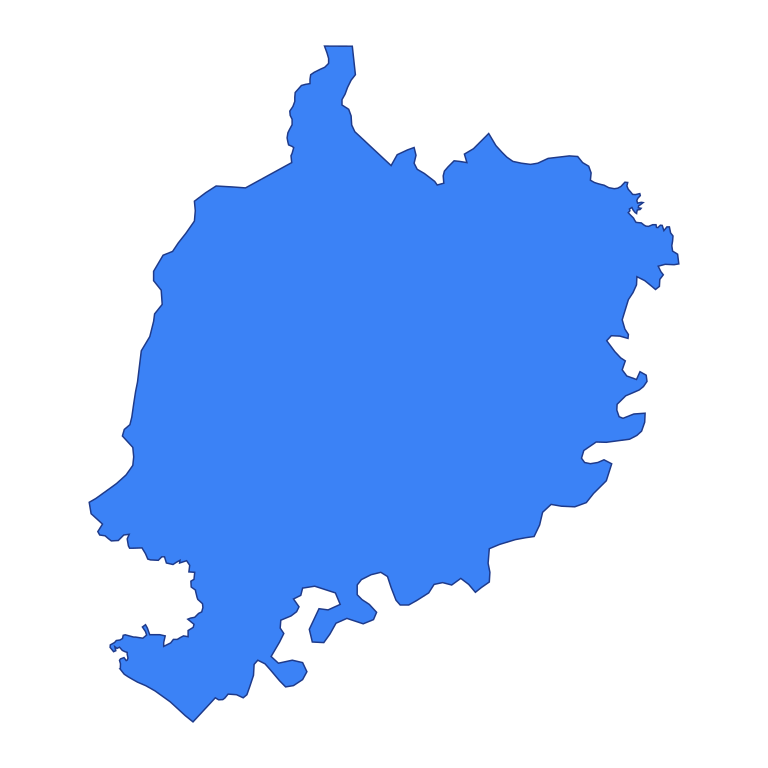 the district of Ledang, Johor, Malaysia
{"feature_id": "92858781B19407525562459", "entity_name": "Ledang", "entity_type": "district", "adm_level": 2, "iso_a3": "MYS", "parent_name": "Malaysia", "parent_adm1": "Johor", "projection": "albers", "projection_center": [102.644, 2.275], "detail": "fine", "context": "isolated", "style": "filled", "palette": "blue", "viewbox_px": 768, "rotation_deg": 0, "n_neighbors": 0, "source": "geoboundaries", "source_scale": "gbopen_adm2", "svg_char_len": 5026}
<svg xmlns="http://www.w3.org/2000/svg" viewBox="0 0 768 768"><path d="M291.7,162.6L245.5,187.9L233.2,187.0L216.1,186.0L205.7,192.7L194.4,201.2L195.3,210.7L194.4,221.1L185.8,233.4L178.3,242.9L172.6,251.4L163.1,255.2L153.6,271.3L153.6,280.7L161.2,290.2L162.2,304.4L154.6,313.9L153.6,321.4L149.8,336.6L141.3,350.8L137.5,382.1L135.6,391.5L133.7,403.8L131.8,417.1L129.9,424.7L124.3,429.4L122.4,436.0L132.8,447.4L133.7,456.9L132.8,465.4L126.1,474.9L116.7,483.4L112.9,486.2L95.8,498.5L89.2,502.3L91.1,513.7L102.5,524.1L97.8,531.6L99.7,535.0L105.1,535.8L108.2,538.5L111.3,540.9L118.3,540.5L123.8,535.0L129.2,534.3L127.2,538.9L128.4,545.9L129.6,548.2L132.7,548.2L142.0,547.9L145.5,553.7L147.8,559.1L150.5,559.9L158.3,560.3L161.8,556.8L164.5,556.8L166.4,563.0L173.0,564.5L176.5,562.2L180.0,560.3L179.6,563.0L186.6,560.7L189.7,565.3L188.9,571.9L194.7,572.3L194.0,579.3L190.9,581.2L191.2,587.0L195.5,590.1L195.5,590.9L197.1,597.5L197.8,599.4L202.5,603.7L202.9,607.6L201.7,611.9L198.6,613.4L194.7,617.3L190.5,618.1L187.8,619.2L194.0,624.3L193.2,627.4L188.1,630.5L188.1,635.5L188.1,636.7L183.5,635.9L180.4,637.5L177.3,639.4L173.4,639.4L170.7,642.9L163.7,646.4L163.7,642.5L165.2,635.9L159.8,634.7L149.7,634.7L147.4,628.1L145.5,624.7L142.4,627.0L145.5,631.6L146.6,635.1L142.8,638.2L135.8,637.1L133.8,637.1L125.2,634.8L123.2,635.3L122.5,638.5L120.0,640.0L116.3,640.5L114.6,642.5L110.3,644.9L110.1,647.4L113.6,651.7L115.8,650.7L114.8,646.7L117.0,648.4L119.5,647.2L122.3,650.4L125.0,651.7L127.2,652.4L127.2,654.4L128.0,658.1L127.2,660.1L126.2,660.6L124.0,657.6L120.5,658.9L119.5,660.3L120.5,663.8L120.3,669.0L120.1,669.0L124.2,674.2L128.0,676.7L131.9,679.0L137.6,682.2L145.8,685.7L155.0,690.9L170.2,701.8L185.3,715.7L193.0,721.9L215.3,697.8L218.6,699.8L222.8,699.6L224.8,698.1L228.1,694.1L236.5,694.7L243.2,697.8L246.9,694.7L249.9,686.2L253.5,675.3L254.1,664.4L257.8,660.2L265.0,663.8L269.9,669.3L279.6,680.8L285.6,686.9L293.5,685.6L302.6,679.6L306.9,671.7L302.6,662.6L292.3,660.2L278.4,663.2L271.1,656.5L279.6,642.0L283.8,633.5L280.2,628.1L280.8,620.2L291.1,615.9L296.6,611.7L299.0,606.8L293.5,599.0L300.8,595.3L302.6,588.1L314.7,586.2L335.4,592.9L340.2,604.4L328.1,609.9L319.0,608.7L309.3,629.3L312.3,642.0L323.8,642.6L329.9,634.1L336.0,623.2L346.9,618.4L363.2,623.8L373.5,619.6L376.6,612.3L369.3,604.4L362.0,599.6L357.2,594.7L357.2,585.0L361.4,579.6L371.1,574.7L380.8,572.3L387.5,576.5L391.1,587.5L396.0,600.2L400.2,605.0L408.7,605.0L417.2,600.2L428.7,592.9L434.1,584.4L442.6,582.6L451.7,585.0L460.8,578.4L468.7,584.4L475.4,592.3L481.4,587.5L489.3,582.0L489.9,572.3L488.1,563.2L489.3,548.7L499.6,544.4L515.4,539.6L525.7,537.7L534.1,536.5L539.6,525.0L542.6,512.3L551.1,504.4L561.4,506.2L574.8,506.8L586.3,502.6L593.5,493.5L606.3,480.8L611.7,463.8L604.0,459.8L597.8,462.5L590.4,463.7L584.6,462.5L581.5,458.2L583.8,450.5L596.2,442.0L606.3,442.3L629.6,439.2L636.9,435.4L641.6,431.1L644.7,422.2L645.1,413.2L633.8,414.0L623.0,418.3L619.1,416.7L616.8,410.1L617.1,404.3L625.7,395.8L639.2,390.0L643.5,386.5L647.0,381.4L646.2,375.2L640.0,371.7L636.5,379.5L626.8,376.0L622.2,369.8L625.3,360.9L620.6,357.8L614.8,351.6L606.7,340.7L611.3,335.7L619.8,336.1L628.0,338.4L628.4,334.5L624.9,329.1L622.2,319.8L628.4,299.6L633.0,292.6L636.5,284.9L636.9,276.7L644.7,280.6L650.9,285.6L655.5,289.5L659.4,286.4L659.8,279.4L663.3,274.8L660.9,271.7L658.2,266.2L665.2,264.3L674.1,264.7L678.8,263.9L677.6,254.2L672.6,251.1L671.8,245.7L672.6,241.0L673.0,236.0L670.6,232.9L669.4,226.9L666.9,226.9L663.9,230.6L662.2,225.4L660.4,225.2L657.9,227.6L656.5,227.4L656.0,224.7L652.7,224.7L648.5,226.4L645.8,226.1L643.8,224.9L641.3,222.9L636.1,222.4L634.6,220.2L633.6,218.2L630.6,215.2L628.2,212.7L629.9,210.8L629.4,209.0L631.9,207.5L633.1,210.0L635.1,212.5L636.6,213.5L636.8,212.0L637.3,210.0L640.1,209.5L641.1,208.3L638.3,207.8L638.6,205.8L640.3,204.8L643.1,202.6L641.3,202.3L637.6,203.1L636.8,200.6L637.8,198.3L640.3,195.6L639.8,193.6L635.4,194.6L632.6,194.4L630.6,191.9L628.2,189.2L626.9,185.9L627.7,182.5L624.9,182.2L621.0,186.4L617.7,188.2L614.3,188.7L608.8,187.7L604.1,185.2L601.1,184.5L598.1,183.7L594.4,182.5L590.4,180.2L591.1,172.9L588.7,166.2L582.6,162.6L577.7,156.5L569.3,155.9L548.1,158.4L537.8,163.2L530.5,164.4L521.4,163.2L512.9,161.4L506.8,157.1L502.0,152.3L495.9,145.6L488.7,133.5L481.4,140.8L473.5,148.7L464.4,154.1L466.9,162.6L459.6,161.4L454.1,160.8L448.1,166.8L444.4,171.1L443.2,175.9L443.8,183.2L437.2,185.0L434.7,181.4L424.4,173.5L417.2,169.3L414.1,163.2L416.0,155.3L414.1,147.5L407.5,149.9L397.2,154.7L391.1,165.6L354.8,131.7L351.7,125.0L351.1,115.9L348.7,109.3L342.0,105.0L342.0,99.6L345.1,94.1L347.5,87.5L351.1,80.2L355.4,74.7L352.3,46.2L324.5,46.1L327.0,52.9L328.6,58.4L328.6,63.4L324.7,67.3L320.4,69.2L314.2,72.3L310.7,74.7L310.0,79.3L310.0,83.6L305.3,84.4L301.4,85.5L297.6,89.8L295.2,92.5L294.8,97.2L294.8,101.4L292.9,106.5L289.8,111.1L290.2,115.4L292.1,119.3L292.1,124.7L289.4,129.7L287.9,132.8L287.1,137.9L287.9,142.1L288.6,144.9L292.1,146.4L293.7,147.6L292.1,153.4L291.0,155.7L291.7,162.6Z" fill="#3b82f6" stroke="#1e3a8a" stroke-width="1.5"/></svg>